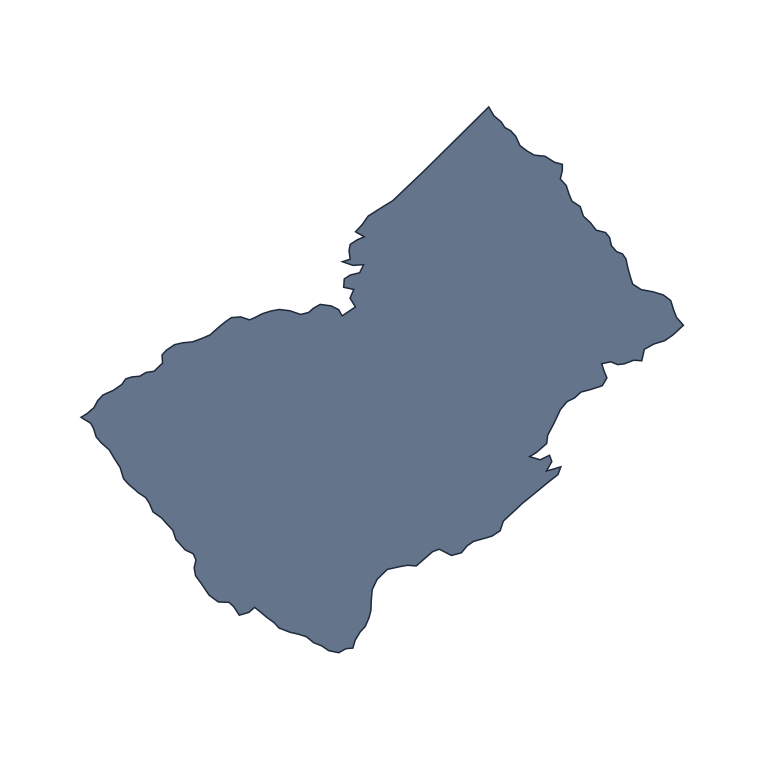 Caçapava, São Paulo, Brazil (Albers equal-area conic projection), rotated 82°
{"feature_id": "56859067B89011723747361", "entity_name": "Caçapava", "entity_type": "district", "adm_level": 2, "iso_a3": "BRA", "parent_name": "Brazil", "parent_adm1": "São Paulo", "projection": "albers", "projection_center": [-45.711, -23.104], "detail": "fine", "context": "isolated", "style": "filled", "palette": "slate", "viewbox_px": 768, "rotation_deg": 82, "n_neighbors": 0, "source": "geoboundaries", "source_scale": "gbopen_adm2", "svg_char_len": 2588}
<svg xmlns="http://www.w3.org/2000/svg" viewBox="0 0 768 768"><g transform="rotate(82 384 384)"><path d="M611.1,521.9L616.9,511.4L619.9,503.5L623.5,496.0L630.4,489.7L634.6,482.2L640.4,475.8L643.8,466.2L640.8,458.4L641.2,451.6L633.7,448.2L626.2,442.1L621.6,436.4L613.5,431.4L606.5,428.5L596.5,426.7L586.0,424.3L576.5,418.0L568.1,406.6L567.1,394.1L566.8,385.8L568.7,377.4L564.2,370.6L556.7,359.0L555.3,352.2L563.2,341.1L561.9,330.8L556.0,324.4L552.3,317.3L550.7,304.9L549.6,298.1L545.5,289.4L536.4,284.9L531.5,277.9L525.6,269.4L521.7,264.0L517.5,257.0L504.1,235.0L497.9,224.3L490.6,220.4L491.9,228.6L492.7,235.2L484.1,228.6L477.6,230.0L480.8,239.8L476.2,249.9L473.3,243.1L469.4,237.0L465.5,231.1L457.6,229.1L448.5,222.5L443.2,218.9L433.8,212.8L426.9,205.1L424.3,197.2L419.4,190.1L418.4,181.3L416.1,168.1L409.0,162.4L402.1,164.2L394.2,165.6L393.6,156.3L397.3,150.0L397.5,143.3L395.2,133.4L396.9,125.5L385.8,121.3L381.9,111.0L380.2,100.0L375.6,91.0L367.5,79.3L358.7,85.1L351.7,86.7L341.2,88.5L334.7,95.0L330.1,104.9L326.3,116.2L319.7,123.8L311.8,125.2L303.4,126.3L293.8,127.0L288.3,129.8L285.3,135.2L278.8,139.5L270.4,140.2L264.8,143.6L261.2,152.5L252.9,157.2L245.6,163.2L235.6,165.0L229.1,172.4L222.0,174.3L212.8,175.9L205.6,180.9L197.5,177.7L191.3,176.8L188.0,184.5L180.9,192.8L178.2,203.5L173.0,210.1L166.8,216.2L157.2,219.0L150.8,223.3L146.8,228.7L140.7,231.5L133.8,237.8L124.2,241.7L179.2,315.6L203.8,350.0L207.3,358.2L211.0,366.5L215.5,376.3L223.1,383.4L229.3,391.0L235.5,383.1L237.5,390.5L241.0,398.0L247.0,400.1L255.7,400.1L257.1,408.2L262.2,398.3L263.0,387.6L270.4,392.6L271.4,402.2L274.4,408.7L282.6,410.5L286.2,400.8L294.3,405.7L303.7,401.6L307.7,409.8L310.7,416.0L304.1,418.5L299.3,425.4L296.3,436.1L299.2,443.4L302.7,448.8L303.5,456.9L298.3,467.2L295.6,477.4L296.0,486.0L297.5,494.9L299.9,501.6L301.8,508.1L297.6,516.6L297.0,525.9L300.2,532.2L303.5,537.9L307.1,543.3L311.0,549.0L313.3,557.1L315.6,567.7L315.2,577.6L315.9,585.9L320.2,594.8L324.4,599.8L332.5,600.4L339.4,610.0L339.4,617.9L342.3,624.9L341.9,632.7L343.0,639.1L347.9,643.6L352.5,652.6L355.7,663.7L360.6,669.9L366.9,674.3L372.1,682.4L374.8,688.7L382.1,679.9L387.7,677.8L396.3,676.4L403.1,672.1L410.9,665.3L420.7,661.2L430.1,656.9L441.5,655.1L447.5,651.1L457.9,642.0L463.2,635.9L469.3,633.0L478.4,630.6L485.9,622.7L492.5,618.4L499.4,613.5L509.2,611.7L520.7,603.9L525.5,596.6L532.1,594.7L539.6,597.6L547.6,597.3L555.9,592.9L568.9,586.5L576.8,578.4L578.7,567.8L583.6,563.8L592.8,559.5L591.4,549.7L587.2,543.2L592.2,538.4L598.3,533.0L605.2,525.9L611.1,521.9Z" fill="#64748b" stroke="#1e293b" stroke-width="1.5"/></g></svg>